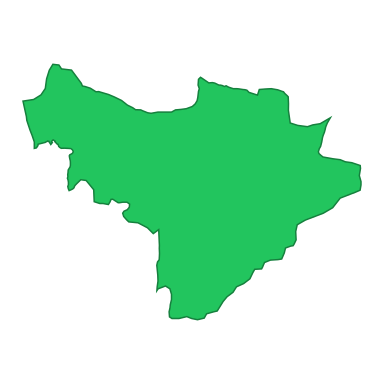 outline of Igalamela-Odolu, Kogi, Nigeria
{"feature_id": "59680162B24636018787341", "entity_name": "Igalamela-Odolu", "entity_type": "district", "adm_level": 2, "iso_a3": "NGA", "parent_name": "Nigeria", "parent_adm1": "Kogi", "projection": "albers", "projection_center": [6.989, 7.036], "detail": "fine", "context": "isolated", "style": "filled", "palette": "green", "viewbox_px": 384, "rotation_deg": 0, "n_neighbors": 0, "source": "geoboundaries", "source_scale": "gbopen_adm2", "svg_char_len": 3192}
<svg xmlns="http://www.w3.org/2000/svg" viewBox="0 0 384 384"><path d="M352.3,193.4L352.9,193.2L353.6,193.0L360.1,190.2L361.0,184.9L361.0,181.6L359.3,175.6L360.5,168.4L360.2,165.5L351.8,162.7L345.3,161.8L340.2,159.7L333.1,158.8L323.0,157.0L321.1,155.5L318.9,153.5L318.4,151.7L319.3,148.7L320.6,146.4L321.7,142.1L322.5,137.6L323.2,135.3L324.4,132.3L325.2,129.3L325.7,127.0L327.3,123.0L330.3,117.8L320.2,123.7L312.8,124.9L307.5,126.7L297.7,125.4L290.2,123.0L288.4,110.4L288.5,103.7L288.2,96.8L287.1,95.6L284.8,93.5L283.5,91.8L281.9,91.3L277.7,89.8L271.3,88.7L265.5,89.0L259.3,89.5L257.5,95.1L249.0,92.4L246.9,90.2L244.9,89.7L242.8,89.5L239.0,88.9L237.1,88.7L233.3,88.7L232.4,88.4L228.7,87.2L226.1,85.8L224.4,86.5L222.2,85.5L220.3,85.1L218.9,85.1L214.8,83.1L212.4,82.6L208.8,82.9L202.1,78.3L200.5,77.3L199.7,78.1L198.5,79.3L198.1,85.1L199.3,88.7L198.5,91.3L197.8,97.4L197.1,100.7L195.2,103.9L192.3,106.5L186.3,108.7L181.1,109.4L175.5,109.9L171.5,112.1L168.1,112.1L162.8,112.1L157.8,112.1L151.1,113.3L147.8,112.8L147.0,112.5L146.7,112.4L142.2,110.6L140.8,109.9L135.5,109.7L132.7,107.7L127.4,105.1L121.6,100.5L114.2,96.9L108.5,94.5L98.7,91.6L96.0,91.8L93.5,90.2L90.3,88.2L85.0,86.5L82.4,86.0L81.3,83.3L71.5,70.1L61.5,68.9L58.9,65.0L57.0,64.8L52.9,64.3L49.3,70.2L46.6,78.8L45.3,88.5L41.0,94.9L33.6,99.5L23.0,101.1L26.4,116.6L26.8,120.3L28.1,124.3L30.0,130.0L32.1,135.4L34.3,141.9L34.3,148.4L36.4,147.9L37.9,145.7L38.1,144.2L45.3,142.4L46.2,141.8L46.8,141.6L47.7,141.0L48.5,141.5L48.9,141.3L49.6,142.6L50.3,143.7L50.8,144.5L52.3,142.6L51.5,141.8L51.5,141.7L52.6,140.3L53.2,139.9L54.3,140.6L55.2,141.2L54.9,141.7L57.3,144.2L58.0,144.3L58.7,146.4L59.7,147.4L61.2,148.3L64.4,148.2L68.3,148.4L70.9,148.6L72.3,149.7L73.2,151.3L72.9,152.6L72.1,153.6L71.1,154.1L69.8,154.8L69.3,155.8L69.6,157.9L69.9,159.3L70.1,160.0L70.3,161.0L70.4,162.3L70.4,163.8L70.4,165.4L70.0,167.1L69.4,168.0L68.2,170.0L68.0,172.8L67.7,174.7L67.9,176.6L67.4,178.2L68.0,179.8L68.4,182.1L68.4,184.7L67.8,186.5L68.3,188.7L69.1,190.6L71.0,189.8L72.8,188.9L73.9,187.9L74.8,185.7L76.5,183.9L80.8,179.7L86.2,180.5L93.7,189.7L94.2,201.7L99.8,203.5L103.0,203.5L108.4,204.5L110.0,201.9L111.0,199.4L112.7,199.2L118.1,202.7L119.8,202.7L120.3,202.6L122.7,202.2L127.0,202.2L129.6,204.1L129.3,207.2L127.3,209.7L124.0,211.2L122.7,213.2L123.7,216.5L126.7,219.9L128.8,221.9L138.0,222.8L147.5,227.8L153.3,233.6L158.7,229.6L159.4,245.3L159.3,248.4L159.5,253.4L159.4,256.0L159.2,259.7L157.5,262.0L156.8,265.3L157.8,275.3L158.0,281.1L157.2,286.7L156.9,290.6L158.1,288.8L165.5,286.0L169.9,288.8L171.5,294.3L171.5,299.5L170.3,304.7L170.0,307.8L169.1,311.8L169.5,316.9L171.9,318.5L176.5,318.5L179.0,318.5L186.8,316.6L191.6,318.5L197.5,319.7L198.4,319.5L204.2,318.1L206.6,313.8L213.7,311.8L217.2,311.0L223.1,301.5L227.1,296.7L233.0,292.3L236.5,286.8L243.6,283.6L249.9,278.8L252.7,272.9L254.7,269.3L261.6,268.9L262.6,267.0L263.2,265.5L264.5,262.5L267.7,261.2L270.4,260.1L278.0,259.6L281.7,259.0L284.3,252.9L285.5,248.0L290.7,246.1L293.1,245.7L294.2,243.9L296.1,239.9L295.7,231.5L297.2,224.8L298.5,224.0L304.6,220.5L305.5,220.0L323.3,213.2L331.7,208.3L332.7,207.7L334.8,205.0L340.2,198.1L352.3,193.4Z" fill="#22c55e" stroke="#15803d" stroke-width="1.5"/></svg>